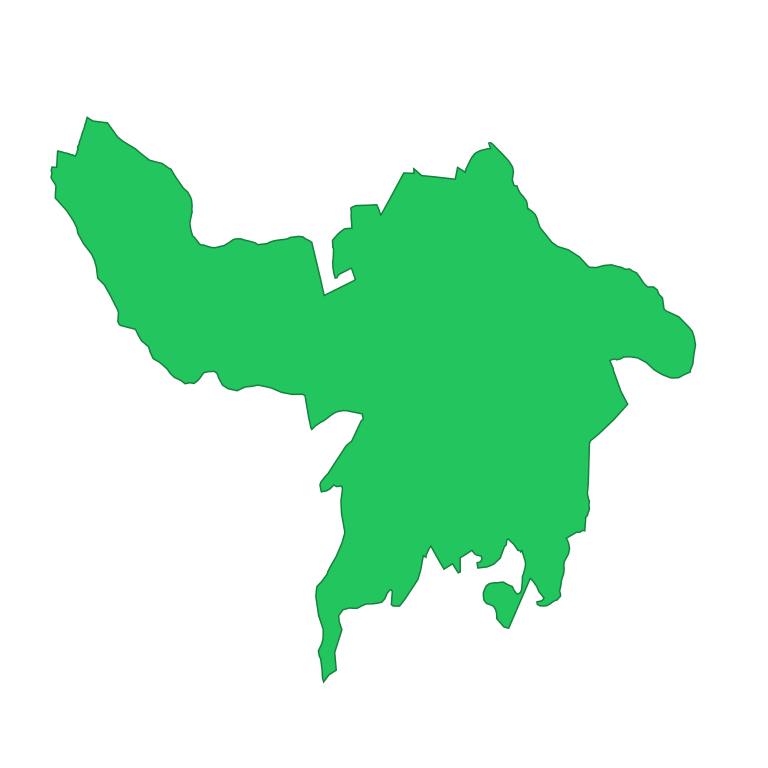 Lipova, Arad, Romania, rotated 85°
{"feature_id": "2599482B25282375738521", "entity_name": "Lipova", "entity_type": "district", "adm_level": 2, "iso_a3": "ROU", "parent_name": "Romania", "parent_adm1": "Arad", "projection": "natural_earth1", "projection_center": [21.695, 46.061], "detail": "fine", "context": "isolated", "style": "filled", "palette": "green", "viewbox_px": 768, "rotation_deg": 85, "n_neighbors": 0, "source": "geoboundaries", "source_scale": "gbopen_adm2", "svg_char_len": 6137}
<svg xmlns="http://www.w3.org/2000/svg" viewBox="0 0 768 768"><g transform="rotate(85 384 384)"><path d="M170.3,695.2L172.7,693.2L183.8,684.9L194.2,679.3L201.3,676.5L207.6,675.7L218.0,671.1L228.9,664.1L235.7,661.6L243.2,660.3L253.6,660.0L260.8,654.0L271.6,649.1L287.2,642.8L289.8,642.3L298.7,643.7L301.9,642.4L302.9,640.9L307.7,627.2L309.3,626.2L314.1,624.5L319.8,621.8L324.9,616.8L326.3,615.3L331.9,614.2L338.6,611.7L342.7,605.9L345.5,603.0L350.4,598.5L354.8,596.1L359.0,592.4L362.9,585.9L366.4,582.1L365.8,577.5L366.9,573.2L364.6,569.5L361.9,566.7L357.1,562.7L356.4,558.0L356.6,552.0L358.7,549.5L364.3,547.9L371.1,544.9L375.1,539.7L377.9,530.9L374.8,522.5L374.8,515.9L374.1,509.7L376.3,502.1L378.2,496.4L383.3,487.0L386.3,476.7L387.2,465.7L388.8,463.7L410.2,462.0L421.5,460.6L423.0,459.9L419.8,456.1L416.7,450.6L415.4,447.3L410.1,438.9L408.3,435.3L407.6,433.5L406.9,427.9L407.3,423.6L411.9,408.3L417.1,407.8L418.9,410.0L438.0,421.1L442.2,427.1L457.3,439.0L468.3,447.5L471.2,450.8L476.2,455.4L478.8,456.6L485.4,456.0L486.0,455.6L485.3,450.3L483.7,446.8L480.3,442.9L482.1,439.9L481.8,435.3L483.7,434.6L485.8,434.7L496.9,437.1L509.5,437.6L527.1,436.0L529.2,436.1L538.6,439.7L551.4,446.5L560.7,452.9L565.5,456.0L568.7,457.4L575.5,463.4L579.7,468.3L582.4,469.1L589.8,470.4L609.1,469.3L623.2,465.9L632.6,466.9L637.8,468.9L644.1,472.6L649.3,472.2L652.7,471.0L664.1,470.6L671.2,470.9L675.5,470.1L668.9,464.2L664.9,456.5L647.1,456.5L625.2,447.4L616.5,449.4L610.8,449.3L605.3,444.6L604.1,437.9L604.8,433.8L605.1,430.3L602.9,425.0L601.6,421.2L602.0,413.5L601.7,409.1L601.2,405.3L598.2,402.0L592.6,399.0L589.9,396.3L589.7,394.8L591.3,393.8L604.4,395.9L606.0,394.1L606.6,387.9L600.7,382.3L581.9,367.4L573.0,363.8L558.4,359.8L560.2,357.3L557.9,356.8L551.9,353.4L549.5,351.4L559.6,347.0L573.7,340.4L569.1,331.4L578.6,326.5L577.9,324.4L563.7,323.3L561.3,318.2L557.4,310.9L561.2,308.4L562.7,306.1L563.9,302.1L567.1,301.7L569.5,303.4L570.0,305.6L570.2,306.9L575.5,306.5L575.2,297.2L574.3,294.0L572.9,290.1L567.5,283.3L556.6,278.3L555.2,276.5L553.2,275.8L551.4,275.7L549.8,274.9L549.3,273.6L551.7,271.7L554.9,268.8L556.6,267.7L561.2,265.3L562.4,262.3L563.1,262.4L563.0,262.2L562.3,262.0L562.3,260.8L564.1,260.7L572.2,258.9L575.1,258.6L578.8,259.3L585.1,261.5L587.8,262.9L591.9,263.3L600.7,264.8L603.7,266.3L604.9,269.2L604.3,270.3L600.8,272.5L597.1,273.7L594.7,278.1L591.8,282.2L591.7,285.4L591.9,288.6L591.7,291.7L591.7,293.2L592.1,296.5L593.9,299.6L597.1,301.5L600.1,303.1L603.8,303.5L608.2,303.2L611.6,300.9L613.6,296.5L615.1,294.2L618.6,292.5L622.4,291.8L627.6,292.1L636.4,285.8L638.2,281.1L590.5,255.3L593.0,253.0L599.0,249.5L604.4,247.7L611.3,243.2L613.7,245.6L614.3,250.6L616.9,250.5L618.7,247.7L619.1,243.6L619.0,241.2L617.5,237.6L616.1,235.5L614.6,232.5L614.2,230.3L611.9,228.0L610.9,226.7L608.8,226.5L605.3,227.1L601.7,225.8L595.3,224.3L593.5,223.7L590.5,222.3L588.9,221.7L586.6,221.1L583.7,220.7L579.8,220.6L577.8,220.2L576.3,219.7L570.1,215.5L568.9,214.9L564.1,213.5L558.7,214.0L555.7,214.9L553.6,215.9L549.2,206.8L548.5,204.8L548.6,201.6L548.4,201.0L547.4,199.6L547.1,199.0L547.8,196.8L537.4,195.1L534.7,194.8L532.5,192.7L529.4,191.7L527.9,190.7L525.7,190.2L522.0,190.4L518.5,189.5L517.6,190.1L511.1,191.0L501.0,189.2L461.0,184.5L458.5,183.2L452.9,174.9L439.9,158.6L425.4,143.0L412.0,148.6L390.4,154.3L388.5,154.3L380.3,157.0L379.2,153.5L379.4,151.3L380.2,150.1L379.5,145.9L378.5,143.8L378.0,143.1L378.3,136.4L380.1,129.0L385.4,120.9L393.4,113.6L398.7,106.3L402.8,98.1L403.2,95.5L403.4,89.9L401.0,84.5L398.7,77.8L396.7,77.5L390.9,74.6L382.5,72.9L372.4,70.3L364.3,70.9L358.3,72.4L354.3,75.0L342.7,84.5L335.7,96.8L333.6,98.5L322.5,99.1L318.6,102.3L314.1,103.6L310.8,107.0L310.4,112.2L309.6,113.7L306.6,116.2L300.7,119.4L295.3,122.7L293.1,126.7L290.8,129.3L290.8,133.5L288.5,137.3L287.4,140.9L285.1,147.0L285.1,154.5L286.5,162.3L285.5,169.7L274.6,178.1L266.4,188.7L262.2,198.9L257.5,204.4L241.8,214.9L236.9,216.2L231.8,217.3L229.8,218.0L227.8,219.0L224.3,222.0L222.5,224.6L222.1,224.6L222.0,225.5L216.8,225.7L214.3,226.1L212.9,226.8L208.4,229.6L206.1,231.5L201.5,233.5L198.4,234.2L198.4,234.6L197.5,237.1L196.6,237.4L191.8,238.4L183.7,236.5L178.8,237.1L172.5,240.4L165.0,246.2L154.1,255.3L153.0,256.7L153.1,258.6L156.0,258.0L158.6,257.2L158.9,259.5L158.7,260.2L159.5,265.5L160.0,268.1L161.5,271.8L162.7,273.7L165.5,276.4L168.0,278.2L177.7,284.0L179.8,284.4L180.1,284.6L174.6,291.8L186.2,295.2L182.0,315.8L179.7,328.3L172.4,335.2L172.1,335.6L176.8,335.7L175.5,345.9L200.8,362.5L215.2,372.2L215.3,372.6L209.1,374.1L204.8,375.6L204.5,383.9L203.8,396.4L204.0,397.4L205.6,401.5L206.0,401.7L211.8,401.7L212.6,402.1L217.7,402.3L218.8,402.2L226.1,402.4L225.9,407.6L226.1,410.0L228.1,413.4L230.5,416.7L236.4,422.8L243.7,423.1L244.2,422.6L245.6,422.5L255.4,423.8L257.3,424.4L263.8,424.7L269.6,424.3L274.3,423.3L274.0,421.6L271.9,420.3L270.5,418.4L267.4,410.6L265.8,407.0L265.9,406.3L277.3,403.4L278.4,404.9L290.6,435.9L273.8,438.1L236.6,443.6L234.9,445.6L232.7,449.3L230.3,452.1L229.5,456.2L229.8,464.7L230.6,466.4L231.2,469.1L231.3,474.6L231.7,480.6L232.4,484.2L234.0,488.6L234.1,494.3L234.3,497.3L232.0,500.3L229.7,506.5L228.4,510.6L227.1,513.3L226.7,516.0L226.6,519.9L227.1,521.7L229.8,526.4L232.3,531.5L232.5,534.2L233.5,539.7L233.0,544.0L230.7,549.8L229.9,551.4L229.4,554.5L228.5,555.5L221.4,560.1L219.8,561.8L213.3,563.0L206.8,563.4L202.4,562.2L195.7,560.1L193.6,560.3L189.8,559.6L183.8,559.7L180.8,560.5L175.7,562.8L171.3,566.9L159.2,573.8L151.4,577.5L150.4,579.4L144.9,585.9L143.1,591.4L140.5,598.3L132.9,606.4L128.0,611.2L119.8,622.5L114.7,627.8L99.8,636.7L96.6,651.2L92.5,656.5L97.1,658.1L99.8,659.4L100.3,659.4L103.4,660.6L108.6,663.1L112.9,664.6L113.9,665.2L116.2,666.3L118.9,667.0L120.1,668.0L120.8,668.4L122.2,668.6L122.8,668.1L125.3,669.3L127.2,669.9L130.0,671.6L129.9,672.2L128.6,674.2L128.4,675.3L127.9,676.7L127.3,677.5L127.3,678.1L126.6,679.3L125.7,682.7L125.0,683.9L124.5,685.7L123.4,688.4L123.9,688.9L128.4,689.6L139.7,691.2L138.9,695.8L140.5,696.4L142.5,696.9L145.1,696.4L149.2,697.7L149.5,697.4L151.3,696.9L156.6,694.1L157.9,693.6L159.3,693.7L166.0,694.8L170.3,695.2Z" fill="#22c55e" stroke="#15803d" stroke-width="1.5"/></g></svg>